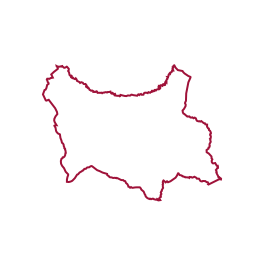 Maswa, Simiyu, United Republic of Tanzania (Albers equal-area conic projection), rotated 334°
{"feature_id": "72390352B27931879401730", "entity_name": "Maswa", "entity_type": "district", "adm_level": 2, "iso_a3": "TZA", "parent_name": "United Republic of Tanzania", "parent_adm1": "Simiyu", "projection": "albers", "projection_center": [33.824, -3.202], "detail": "fine", "context": "isolated", "style": "outline", "palette": "rose", "viewbox_px": 256, "rotation_deg": 334, "n_neighbors": 0, "source": "geoboundaries", "source_scale": "gbopen_adm2", "svg_char_len": 5888}
<svg xmlns="http://www.w3.org/2000/svg" viewBox="0 0 256 256"><g transform="rotate(334 128 128)"><path d="M49.5,149.6L51.1,150.6L53.0,151.0L54.8,151.0L58.2,149.8L61.8,147.6L62.9,147.7L64.9,146.8L67.6,146.6L68.5,146.3L69.0,146.5L70.9,145.6L72.2,146.2L73.5,145.7L74.1,145.6L75.9,146.3L77.5,146.0L78.5,146.2L79.0,146.7L81.8,152.4L83.6,154.3L85.6,156.9L89.1,160.1L88.7,161.3L89.8,163.2L89.8,163.9L90.3,164.5L91.6,165.2L92.7,166.4L94.4,167.0L94.8,167.5L95.6,167.7L95.8,168.2L96.5,168.4L99.1,171.8L100.9,172.8L101.1,173.6L102.2,174.6L102.1,176.6L102.8,178.1L102.9,180.1L102.6,180.8L103.1,181.3L103.7,182.6L104.8,182.4L105.5,183.5L106.0,183.8L108.6,184.6L112.6,186.5L113.0,187.7L113.0,189.3L114.2,192.0L114.0,195.2L114.2,195.8L113.9,197.3L114.7,199.5L116.1,201.2L116.8,201.1L117.5,202.1L118.9,202.2L119.3,202.6L119.9,202.8L120.1,203.4L121.9,204.9L122.4,204.9L123.0,204.5L123.4,205.1L123.2,206.0L123.6,206.4L125.2,206.9L125.1,206.5L125.4,206.3L125.0,205.1L126.0,204.4L127.4,204.3L127.6,203.1L128.1,202.8L128.3,202.2L129.1,201.9L129.2,200.3L130.5,199.3L130.9,199.3L131.3,198.5L133.3,197.2L133.4,196.4L134.2,194.8L134.4,193.9L135.1,193.6L135.5,191.9L136.6,190.8L136.9,190.7L137.1,191.0L138.0,193.4L139.7,193.0L140.2,194.3L142.8,194.5L149.0,193.5L151.6,192.0L152.0,191.5L153.2,190.7L153.5,190.9L153.8,192.9L155.2,194.0L155.7,195.1L156.0,195.1L156.1,195.6L156.9,196.2L157.2,196.7L157.7,196.9L157.9,197.5L159.6,198.3L160.5,199.1L161.4,199.0L161.5,199.5L162.0,199.1L162.3,199.2L162.5,199.5L163.5,200.0L163.8,200.6L164.3,200.9L166.3,200.9L167.6,202.7L167.7,203.7L169.6,204.7L169.8,207.2L170.2,207.8L171.1,208.5L172.0,208.4L174.2,209.6L175.0,211.2L175.9,211.7L176.0,213.2L175.9,213.6L175.4,213.8L175.6,214.1L187.1,214.0L187.8,214.1L189.0,215.0L189.4,214.4L189.2,213.7L188.5,212.7L188.5,212.2L187.7,211.9L187.9,210.4L187.8,207.6L188.3,206.8L188.0,206.5L188.7,205.2L188.6,204.3L189.4,204.0L190.4,203.2L191.2,203.4L191.8,202.6L192.1,201.3L191.4,201.1L191.2,200.6L191.0,197.7L189.1,197.2L188.7,196.9L188.5,196.4L188.4,195.2L188.9,194.1L190.1,193.1L189.8,191.8L190.4,190.7L190.5,190.0L189.4,186.3L188.1,184.3L188.9,182.3L191.4,181.8L191.8,180.9L192.7,180.9L193.7,179.9L193.7,179.1L194.4,178.0L196.3,176.7L196.5,175.3L196.9,174.9L196.9,173.7L197.7,173.5L198.0,173.0L198.5,172.5L198.9,171.5L198.7,170.4L199.0,169.7L199.4,169.4L200.0,169.4L200.3,169.0L200.2,168.7L200.5,168.1L200.5,166.5L199.9,165.4L200.4,164.0L199.8,163.3L199.8,162.1L199.6,161.5L200.6,159.6L199.1,158.6L199.2,157.5L198.2,156.8L196.9,153.9L195.7,153.9L195.2,153.2L194.4,153.0L193.2,151.9L193.0,151.1L193.2,149.1L192.9,148.9L192.6,148.0L192.3,147.8L191.1,147.9L190.5,146.6L189.4,146.4L188.7,145.9L188.3,144.6L187.9,144.6L186.8,143.7L186.3,143.7L184.7,139.9L184.2,139.4L184.1,138.2L184.7,136.2L186.7,135.4L189.3,133.6L190.1,132.3L190.1,130.7L190.6,130.1L192.0,129.0L195.5,122.4L202.3,113.4L206.0,110.3L206.5,109.7L206.5,109.4L205.0,107.7L202.7,103.7L202.1,101.9L202.0,100.7L198.2,97.8L197.2,94.7L197.1,92.0L196.8,91.9L196.1,92.1L195.9,92.8L195.0,92.8L195.0,93.4L194.2,93.8L194.3,94.4L193.6,95.3L194.0,95.9L193.9,96.3L192.8,95.7L192.0,96.7L190.6,96.8L189.9,97.5L189.8,96.9L189.5,97.0L189.1,97.5L188.6,97.5L188.0,97.8L187.7,98.1L187.5,98.8L186.6,99.2L186.3,99.8L185.8,99.5L185.9,100.1L185.1,100.8L184.9,100.8L184.8,101.2L184.2,101.3L183.6,101.8L182.8,103.4L182.6,102.5L181.6,103.1L181.1,103.7L181.7,103.9L181.8,104.1L181.2,104.4L180.6,105.1L180.2,104.6L179.8,104.7L179.6,105.4L179.2,105.3L179.4,104.7L179.1,104.7L179.0,104.1L178.8,104.0L177.3,104.5L177.1,105.0L176.9,104.8L176.9,104.3L176.1,103.9L175.4,104.5L174.8,104.3L174.7,103.8L174.3,103.6L174.1,104.1L173.5,104.3L173.3,104.7L173.4,105.0L173.8,105.2L174.0,105.6L174.6,105.5L174.7,106.0L174.3,106.5L173.6,106.6L173.3,106.8L172.6,106.8L172.2,106.3L171.5,106.1L170.2,106.1L169.8,106.4L169.1,105.6L168.7,105.5L168.4,106.3L167.2,106.3L166.6,105.5L165.6,105.9L165.4,105.4L164.9,105.9L164.3,105.7L163.3,106.0L162.2,104.8L161.6,104.9L161.0,105.3L160.3,104.5L159.6,104.3L158.9,103.7L157.5,103.8L156.5,104.8L156.1,104.7L154.7,104.0L154.6,103.1L153.6,103.0L152.6,103.3L152.3,102.4L152.0,102.3L150.4,103.0L147.2,100.8L146.0,99.7L145.5,99.5L144.5,99.8L143.9,99.7L142.2,98.7L140.5,98.6L139.0,97.7L135.8,95.0L135.1,95.7L134.8,95.9L134.4,95.8L134.4,95.2L132.5,94.4L130.4,92.9L130.6,92.4L131.3,91.9L131.3,91.6L129.8,91.3L129.7,90.0L129.4,89.6L128.5,90.0L128.2,89.7L128.0,88.8L128.2,87.6L126.5,87.3L125.7,86.8L124.7,86.9L124.2,86.3L123.2,85.8L122.3,85.8L121.2,85.3L120.0,85.4L119.7,84.7L119.4,84.5L118.3,84.2L117.4,83.6L116.1,83.1L115.9,82.6L116.1,81.6L115.6,81.1L114.4,81.3L112.7,80.4L113.1,79.8L112.2,78.6L111.2,78.4L110.9,77.6L110.2,76.9L110.2,75.1L109.6,74.8L109.1,73.7L109.7,73.5L109.5,72.7L108.5,72.6L108.5,72.2L109.4,71.2L109.1,69.8L108.3,69.6L107.4,68.9L107.2,67.5L106.1,66.4L104.7,66.5L104.6,65.6L102.8,63.2L103.1,61.8L102.8,60.5L102.1,60.9L101.6,60.7L101.1,59.9L100.0,58.9L100.4,58.5L99.1,57.4L99.3,56.9L100.2,56.6L100.2,56.4L99.9,55.9L98.9,55.4L98.7,54.7L99.4,52.1L99.2,50.5L100.0,50.1L100.7,48.9L100.0,46.2L99.8,46.0L98.3,46.2L97.0,45.9L96.2,44.2L95.4,43.8L95.7,43.4L92.8,42.7L91.5,41.7L91.0,41.0L90.9,41.4L91.3,42.2L91.0,43.9L90.8,44.1L86.0,45.1L82.5,46.2L82.5,49.8L80.2,49.2L79.0,49.4L77.9,48.7L77.0,48.3L76.8,48.4L76.2,49.0L76.4,49.6L76.0,51.4L76.3,52.7L76.0,53.5L74.3,53.8L72.0,56.5L70.7,57.4L69.6,57.3L66.3,60.5L66.2,67.1L66.6,67.6L69.1,67.9L71.2,78.3L71.2,82.5L70.6,84.5L67.9,85.8L65.8,87.5L64.9,89.0L64.7,90.8L65.0,94.2L64.3,93.8L63.0,93.6L62.8,93.7L63.0,95.9L62.1,99.0L62.1,100.3L62.6,102.1L64.0,103.9L62.9,107.4L62.7,110.0L62.2,112.3L62.8,113.6L62.8,114.9L62.3,116.2L62.3,117.5L61.9,118.3L62.3,119.2L61.9,119.9L62.0,120.5L61.2,123.1L60.8,123.1L59.5,125.0L58.2,125.9L56.8,126.1L56.4,125.8L55.7,126.4L54.7,126.5L53.2,128.2L52.9,128.9L52.2,130.7L52.2,133.1L52.9,136.1L52.8,140.0L53.9,143.4L53.5,144.2L52.1,145.5L50.5,147.6L49.5,149.6Z" fill="none" stroke="#9f1239" stroke-width="2"/></g></svg>